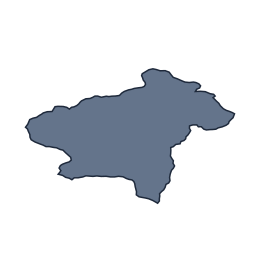 Ibirá, São Paulo, Brazil (Equal Earth projection), rotated 285°
{"feature_id": "56859067B89412000819303", "entity_name": "Ibirá", "entity_type": "district", "adm_level": 2, "iso_a3": "BRA", "parent_name": "Brazil", "parent_adm1": "São Paulo", "projection": "equal_earth", "projection_center": [-49.219, -21.072], "detail": "fine", "context": "isolated", "style": "filled", "palette": "slate", "viewbox_px": 256, "rotation_deg": 285, "n_neighbors": 0, "source": "geoboundaries", "source_scale": "gbopen_adm2", "svg_char_len": 2331}
<svg xmlns="http://www.w3.org/2000/svg" viewBox="0 0 256 256"><g transform="rotate(285 128 128)"><path d="M184.1,127.7L182.1,127.6L180.4,129.0L178.3,130.3L176.4,132.8L174.6,133.6L172.5,133.0L170.9,131.1L169.5,127.6L167.8,123.7L166.4,121.6L165.0,118.7L162.4,115.0L160.1,112.9L157.2,111.3L155.7,107.8L154.5,104.0L153.4,101.4L153.1,98.8L150.8,94.3L151.0,90.4L150.2,87.7L148.5,86.0L146.7,83.7L145.3,79.7L142.1,76.0L140.4,75.0L138.5,74.2L136.4,72.7L134.4,70.3L133.4,68.1L131.1,66.5L132.1,63.5L132.0,59.8L131.4,57.3L130.8,54.7L129.7,52.0L124.3,50.4L122.8,45.7L120.6,42.2L118.9,40.9L117.3,39.2L114.6,36.9L112.9,33.7L110.7,30.9L105.7,30.2L102.2,28.8L101.0,31.2L99.1,32.5L96.4,34.8L93.6,35.8L91.6,37.5L90.4,41.8L89.8,47.1L89.5,50.5L88.8,53.6L89.7,56.8L90.0,61.4L90.4,64.0L89.7,68.1L89.8,70.9L87.8,74.4L84.9,80.2L82.3,81.5L80.0,79.9L78.2,77.0L76.0,74.0L74.2,72.4L71.5,71.8L69.4,74.2L67.6,73.6L65.3,72.5L65.3,77.2L64.2,80.5L64.3,84.2L63.5,87.2L66.0,89.0L67.0,92.7L68.0,94.8L69.0,97.0L70.9,99.7L72.2,106.7L73.6,110.2L74.3,114.7L75.7,119.4L76.2,123.7L77.2,127.5L78.9,131.4L79.6,135.9L78.8,139.5L78.6,142.4L78.9,145.1L77.9,147.4L76.0,148.9L73.1,150.2L68.7,152.7L65.6,153.3L64.4,156.4L64.6,159.4L64.9,162.8L65.0,166.4L64.4,170.8L63.0,176.1L65.6,177.2L67.8,176.6L70.5,176.3L72.7,175.5L75.3,176.9L77.6,178.5L80.2,179.2L83.4,179.3L85.4,181.5L87.9,182.2L90.9,181.0L94.1,180.7L96.4,180.8L98.5,181.0L100.8,182.2L103.4,182.8L105.6,180.6L108.1,180.3L109.7,178.4L111.9,176.2L114.1,175.9L117.4,175.2L120.2,174.3L121.7,176.6L124.5,178.4L126.2,182.4L128.6,182.6L130.4,185.3L132.4,186.5L134.6,186.3L136.6,187.6L139.1,188.5L141.7,189.2L143.6,187.4L146.0,186.9L147.8,189.9L148.8,193.7L147.4,195.6L148.2,198.5L146.5,201.5L146.4,204.2L147.6,207.4L148.5,210.3L149.6,213.2L151.5,215.1L153.5,218.7L156.0,222.0L158.3,223.9L160.4,224.0L162.9,225.4L165.1,226.8L167.2,227.0L169.3,227.2L169.9,224.7L170.3,221.6L170.5,218.3L171.3,215.1L173.4,211.4L175.4,209.3L176.7,206.7L178.1,204.4L179.3,202.3L181.4,203.9L182.7,202.0L182.4,198.4L183.1,193.2L182.2,188.4L180.7,183.6L183.2,184.3L185.2,186.8L187.5,187.2L189.0,185.0L189.5,181.8L189.3,179.3L187.8,175.4L187.1,171.1L187.5,167.9L188.3,162.8L188.6,158.6L190.7,155.7L192.6,153.3L193.0,149.0L191.6,144.3L191.8,140.0L191.6,136.7L189.7,133.1L186.8,130.3L184.1,127.7Z" fill="#64748b" stroke="#1e293b" stroke-width="1.5"/></g></svg>